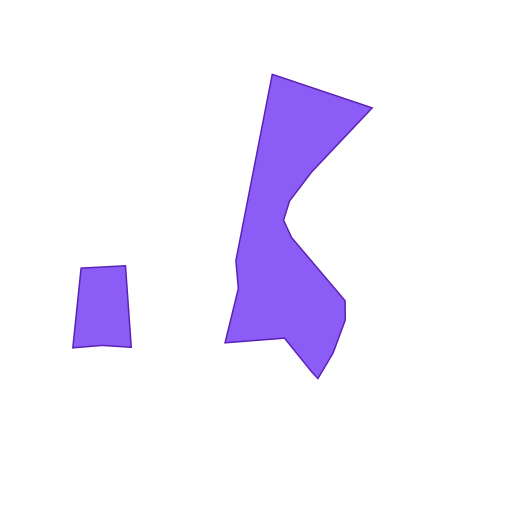 the border of Ad Dawhah, rotated 40°
{"feature_id": "QAT-1099", "entity_name": "Ad Dawhah", "entity_type": "Municipality", "adm_level": 1, "iso_a3": "QAT", "parent_name": "Qatar", "parent_adm1": "", "projection": "natural_earth1", "projection_center": [51.524, 25.27], "detail": "fine", "context": "isolated", "style": "filled", "palette": "violet", "viewbox_px": 512, "rotation_deg": 40, "n_neighbors": 0, "source": "natural_earth", "source_scale": "10m", "svg_char_len": 433}
<svg xmlns="http://www.w3.org/2000/svg" viewBox="0 0 512 512"><g transform="rotate(40 256 256)"><path d="M249.8,67.9L244.6,155.6L246.3,192.2L254.1,210.9L271.4,219.0L353.0,233.0L365.6,247.8L377.4,280.8L382.2,310.1L372.8,308.9L330.6,300.6L288.1,342.4L263.4,292.3L243.6,272.5L151.7,106.4L249.8,67.9ZM219.1,406.1L195.5,423.5L174.7,444.1L129.8,377.7L162.3,347.4L219.1,406.1Z" fill="#8b5cf6" stroke="#5b21b6" stroke-width="1.5"/></g></svg>